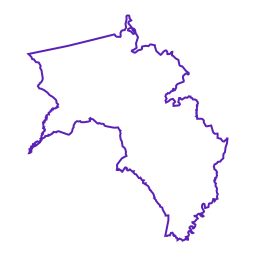 Tan Phu, Đồng Nai, Vietnam
{"feature_id": "81297802B74333052983118", "entity_name": "Tan Phu", "entity_type": "district", "adm_level": 2, "iso_a3": "VNM", "parent_name": "Vietnam", "parent_adm1": "Đồng Nai", "projection": "orthographic", "projection_center": [107.376, 11.379], "detail": "fine", "context": "isolated", "style": "outline", "palette": "violet", "viewbox_px": 256, "rotation_deg": 0, "n_neighbors": 0, "source": "geoboundaries", "source_scale": "gbopen_adm2", "svg_char_len": 5836}
<svg xmlns="http://www.w3.org/2000/svg" viewBox="0 0 256 256"><path d="M28.4,54.0L31.4,56.9L32.2,59.1L33.8,59.3L35.9,62.1L38.7,62.5L40.7,66.0L40.1,67.9L41.5,70.3L42.8,78.6L42.2,80.6L41.1,82.4L40.0,83.0L39.5,84.1L38.3,85.2L37.9,86.1L38.1,86.5L39.3,88.4L41.4,88.8L44.2,90.2L47.7,92.8L49.6,95.1L52.7,96.9L55.7,99.6L56.3,100.4L56.5,102.8L58.1,104.3L57.4,105.8L58.0,106.8L56.8,107.1L56.6,107.9L55.8,107.9L55.3,108.4L53.0,108.4L53.0,109.4L51.9,109.2L51.5,110.7L50.6,110.6L50.3,111.8L48.7,112.7L49.0,114.4L48.1,114.4L46.4,115.5L46.7,116.5L45.8,117.1L45.6,117.7L45.8,118.2L46.8,117.9L46.5,119.6L44.5,120.4L44.3,120.9L44.8,121.8L44.4,122.5L44.0,122.6L43.3,122.1L43.0,122.4L43.5,126.5L43.2,127.7L44.0,127.5L43.7,128.4L44.2,129.1L44.9,129.4L44.4,130.2L44.7,130.8L43.4,131.8L43.2,132.7L42.6,132.8L42.8,133.9L42.1,134.0L42.4,134.6L41.4,135.9L41.5,137.6L40.5,138.7L41.2,139.2L39.6,141.7L38.3,141.9L37.4,141.3L36.8,141.6L35.3,142.5L35.0,144.2L34.5,144.4L34.2,143.6L33.8,144.0L34.1,145.0L33.6,145.9L32.8,144.9L32.6,146.1L31.1,146.5L30.6,148.7L29.4,149.2L29.8,151.6L29.1,153.1L29.8,153.0L31.4,151.8L31.3,149.6L33.0,146.9L35.8,145.7L40.0,142.3L42.5,138.3L44.7,137.4L45.2,136.1L48.5,135.8L48.5,134.8L50.0,134.9L51.4,134.2L51.9,133.5L52.5,133.5L53.6,131.9L56.4,132.3L57.2,131.5L58.5,131.2L68.2,134.6L69.1,134.6L71.1,132.9L72.1,131.4L72.7,128.7L73.7,127.2L73.5,125.9L74.1,124.5L75.4,122.3L77.0,121.2L78.9,121.5L80.2,121.1L81.0,122.1L83.1,122.3L87.8,121.7L89.9,121.1L90.1,120.0L89.5,118.8L90.3,118.1L91.5,119.0L93.0,119.3L97.2,123.2L98.3,123.6L99.1,123.0L101.0,123.8L103.2,123.8L103.8,124.1L104.5,125.6L106.0,126.2L114.0,127.7L118.2,127.5L119.1,129.5L120.3,130.5L120.0,130.7L120.6,133.5L120.1,135.6L120.7,139.4L121.8,141.3L122.6,146.4L124.5,147.8L125.5,149.7L126.0,152.2L125.7,153.9L126.5,155.9L121.9,158.3L117.4,164.2L117.0,165.1L117.2,167.9L116.8,169.9L118.6,170.1L119.0,169.2L121.1,170.5L121.7,171.5L122.3,171.7L125.0,167.6L125.7,167.4L125.9,167.8L127.0,168.3L126.6,168.9L126.7,169.7L127.6,170.4L128.6,170.3L129.9,169.4L132.2,171.4L133.8,171.3L133.4,172.6L134.8,174.0L136.1,174.3L138.8,178.0L139.9,178.2L140.5,177.7L141.9,180.0L143.8,180.4L143.1,181.4L143.0,182.9L143.6,183.3L145.7,183.3L145.3,184.3L148.0,185.9L149.3,188.0L149.2,188.6L149.9,190.0L150.9,190.5L151.3,191.5L152.8,193.0L153.8,194.9L154.0,196.2L154.7,197.2L154.6,197.7L154.1,198.1L156.1,200.3L156.2,201.0L158.4,203.8L160.0,205.3L160.0,206.5L161.8,207.3L162.5,208.1L162.7,209.6L165.6,214.7L165.6,215.6L168.4,215.4L168.4,220.2L165.3,235.9L166.2,235.7L167.0,236.0L168.4,235.3L170.0,235.3L170.9,233.0L172.4,232.7L173.4,234.1L173.3,235.0L174.3,235.2L174.1,235.9L175.5,236.1L176.2,237.8L176.9,237.9L177.4,238.4L177.5,240.1L179.7,238.6L181.6,239.5L182.5,240.6L184.8,239.7L185.6,238.5L187.2,239.7L188.0,239.7L188.1,238.2L186.3,236.8L187.9,236.3L188.7,235.6L188.9,234.5L188.2,232.6L188.5,231.6L189.2,231.1L190.1,231.2L191.7,232.9L192.7,233.2L193.2,232.9L191.5,231.6L190.9,229.8L189.5,228.0L189.6,227.3L190.5,226.4L192.0,226.2L192.7,226.7L192.7,228.4L193.2,228.5L194.1,227.9L195.2,226.2L195.4,224.5L192.6,223.0L192.4,222.2L194.7,221.7L196.0,220.0L197.8,218.5L196.6,216.7L194.7,216.3L194.6,215.9L196.4,215.7L198.1,214.0L199.0,213.7L201.3,216.1L202.6,216.6L203.5,216.3L203.4,215.8L200.7,213.8L201.0,213.4L203.4,212.5L204.1,211.5L202.0,207.5L202.1,205.3L202.7,204.1L203.5,203.7L204.5,204.2L205.1,208.0L208.4,207.1L208.9,203.9L209.5,203.3L211.2,203.3L211.8,202.9L212.5,201.9L213.3,199.0L213.9,199.0L214.7,201.0L216.0,199.1L217.5,198.7L216.9,196.6L217.8,194.1L217.1,193.2L216.6,190.5L217.0,189.2L216.8,187.9L215.5,185.9L215.7,184.6L215.4,183.6L215.8,183.3L214.5,181.9L214.2,180.6L214.9,179.4L215.2,180.0L215.4,179.8L215.0,178.2L216.4,177.6L216.4,176.6L217.0,175.5L216.6,173.1L217.1,172.3L216.1,170.4L214.3,169.1L214.3,168.0L213.8,166.7L214.6,164.4L216.8,163.4L217.8,161.9L220.4,161.5L221.0,160.4L223.3,158.3L223.4,154.2L225.0,152.0L225.6,147.2L226.9,143.6L227.6,137.7L226.6,139.2L224.0,141.5L222.6,141.2L220.7,138.6L219.4,138.5L217.5,137.8L217.7,134.6L217.5,133.6L214.9,133.8L213.7,133.0L213.0,131.8L211.2,125.5L206.9,126.3L206.0,126.2L203.8,122.4L203.8,120.4L202.8,119.4L202.2,118.9L200.5,118.7L197.2,118.8L197.1,117.2L196.2,116.4L197.0,116.1L197.0,115.2L196.3,113.9L196.8,113.0L196.3,112.3L196.7,111.0L196.1,110.1L196.4,109.8L196.9,110.0L196.9,106.7L197.4,106.0L196.8,105.2L197.9,103.5L197.7,102.0L197.0,101.4L196.5,100.2L195.2,99.6L192.8,99.4L192.2,98.1L190.5,97.5L190.5,96.6L188.8,96.3L187.7,97.5L186.9,97.8L185.3,97.4L182.1,99.5L181.0,99.1L180.4,98.1L179.2,98.0L178.3,102.1L179.5,103.2L179.9,104.3L178.9,105.4L173.5,105.9L173.4,103.5L175.0,102.0L175.1,101.5L172.9,98.9L170.5,99.5L168.6,101.2L166.1,102.5L165.5,100.4L166.6,98.6L165.4,96.4L166.1,94.4L167.3,93.9L167.8,93.1L169.3,93.3L171.4,91.2L173.4,90.7L172.9,89.2L173.5,88.8L175.1,89.8L176.2,87.6L176.1,85.7L177.5,84.0L183.6,81.7L183.8,80.7L182.9,77.8L183.0,76.4L183.5,75.6L185.7,73.6L187.0,73.7L188.1,74.5L188.8,73.9L188.6,72.9L186.0,70.9L182.3,66.4L180.5,66.0L179.5,65.3L178.4,59.9L175.8,58.5L173.1,55.9L172.0,55.4L172.3,51.9L171.6,52.0L169.9,54.0L167.7,54.2L167.3,54.0L167.4,52.7L167.0,51.4L166.1,50.4L165.6,50.4L163.5,51.6L161.2,54.5L160.5,54.8L156.3,51.0L155.0,46.9L154.9,45.3L150.8,44.4L150.2,44.5L148.5,46.1L145.8,45.8L142.2,46.5L141.9,47.1L142.0,48.8L141.6,49.4L138.0,50.4L135.4,52.6L133.9,52.5L131.8,51.2L131.9,50.5L134.2,49.5L136.6,47.8L136.0,43.5L138.0,37.2L135.5,32.8L135.1,30.2L134.1,28.8L132.5,28.3L132.2,28.9L132.5,29.8L134.8,32.6L134.5,33.4L133.6,33.9L133.0,33.8L130.8,31.4L128.0,30.4L128.2,29.0L130.8,27.7L131.4,27.0L128.5,23.5L128.4,22.4L128.8,21.6L131.2,20.4L129.6,18.4L129.3,16.0L128.8,15.5L127.8,15.4L126.7,15.8L126.4,16.6L126.6,19.3L125.5,24.0L126.1,27.5L124.7,30.1L122.4,30.3L121.2,31.3L120.5,32.9L120.7,36.1L120.2,36.9L116.6,36.7L115.6,36.0L114.5,34.4L67.9,45.9L28.4,54.0Z" fill="none" stroke="#5b21b6" stroke-width="2"/></svg>